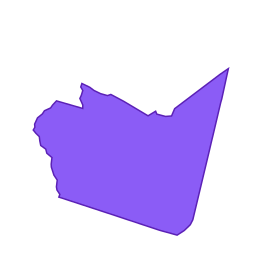 Japi, Rio Grande do Norte, Brazil (Equal Earth projection), rotated 288°
{"feature_id": "56859067B28564243128765", "entity_name": "Japi", "entity_type": "district", "adm_level": 2, "iso_a3": "BRA", "parent_name": "Brazil", "parent_adm1": "Rio Grande do Norte", "projection": "equal_earth", "projection_center": [-35.887, -6.423], "detail": "fine", "context": "isolated", "style": "filled", "palette": "violet", "viewbox_px": 256, "rotation_deg": 288, "n_neighbors": 0, "source": "geoboundaries", "source_scale": "gbopen_adm2", "svg_char_len": 796}
<svg xmlns="http://www.w3.org/2000/svg" viewBox="0 0 256 256"><g transform="rotate(288 128 128)"><path d="M131.7,51.6L126.5,49.2L123.2,48.2L118.6,43.2L114.9,42.2L109.7,38.8L102.8,38.0L99.9,39.2L96.8,38.5L94.4,42.2L92.4,46.3L88.5,48.1L84.4,50.4L82.5,56.3L78.9,58.6L76.4,64.8L69.9,66.1L67.1,67.2L60.3,72.1L56.6,76.8L49.9,78.1L47.1,79.6L43.8,83.7L40.9,83.6L40.8,133.2L40.5,189.8L41.3,207.8L47.9,213.2L55.2,217.1L60.7,218.0L131.1,212.4L140.5,211.6L147.1,211.1L181.1,208.3L184.5,208.2L215.5,205.1L207.4,198.9L160.8,166.4L152.9,165.7L150.6,160.1L150.1,151.1L152.5,149.1L145.8,143.3L152.1,115.5L154.6,101.3L152.5,98.5L152.2,91.3L153.2,84.0L154.9,79.1L156.1,70.4L152.4,70.4L149.7,73.4L144.8,73.5L141.2,73.1L135.9,77.9L132.6,78.9L131.7,51.6Z" fill="#8b5cf6" stroke="#5b21b6" stroke-width="1.5"/></g></svg>